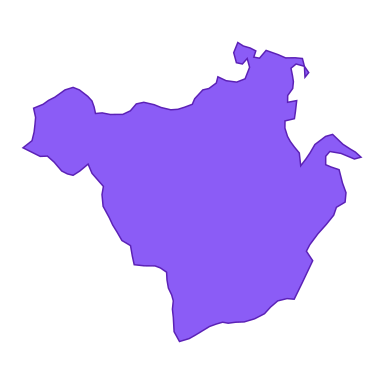 Jaboti, Paraná, Brazil
{"feature_id": "56859067B82658845129060", "entity_name": "Jaboti", "entity_type": "district", "adm_level": 2, "iso_a3": "BRA", "parent_name": "Brazil", "parent_adm1": "Paraná", "projection": "albers", "projection_center": [-50.077, -23.72], "detail": "fine", "context": "isolated", "style": "filled", "palette": "violet", "viewbox_px": 384, "rotation_deg": 0, "n_neighbors": 0, "source": "geoboundaries", "source_scale": "gbopen_adm2", "svg_char_len": 1866}
<svg xmlns="http://www.w3.org/2000/svg" viewBox="0 0 384 384"><path d="M33.6,108.2L35.6,117.4L35.0,124.2L34.1,132.1L32.0,140.7L23.0,147.8L40.2,156.4L47.4,156.1L54.2,162.2L61.7,171.0L67.4,173.9L73.1,175.3L79.7,171.1L88.1,164.1L92.0,173.3L98.0,180.2L103.4,186.4L102.0,194.6L103.1,206.3L109.4,217.9L112.7,225.0L117.2,232.3L121.9,240.5L130.5,245.6L132.4,256.4L134.2,264.7L144.1,265.8L155.0,265.9L160.3,267.9L166.6,272.2L167.0,280.0L168.4,288.1L171.7,295.0L173.3,300.9L172.4,309.2L173.3,317.2L174.1,331.7L179.5,341.5L189.2,338.6L195.7,334.9L209.5,326.5L216.1,324.1L222.6,322.2L228.2,323.2L235.8,322.2L244.2,321.9L254.6,318.8L264.5,313.7L270.5,307.1L277.7,300.9L287.0,298.6L294.2,299.2L302.3,282.6L307.9,270.8L312.7,260.7L306.4,251.2L309.8,244.7L317.9,233.8L326.3,224.4L333.7,215.2L336.4,207.3L345.1,202.1L346.0,192.7L342.5,183.1L339.1,169.7L331.1,167.0L325.7,164.7L325.7,156.3L329.8,151.5L341.0,153.4L354.4,159.0L361.0,157.2L355.4,152.1L350.5,149.2L342.8,144.2L332.6,134.4L325.6,136.4L314.9,144.5L310.1,152.8L305.9,159.0L300.7,165.8L299.3,153.0L294.2,146.8L290.3,141.5L287.5,136.4L284.9,128.1L285.0,120.9L294.4,118.7L295.4,111.8L296.7,100.6L287.6,102.3L287.7,95.5L292.7,88.5L293.4,81.7L292.5,75.8L291.0,68.2L296.1,64.0L304.4,66.3L302.4,58.5L295.2,57.8L285.6,57.9L278.0,54.6L266.1,50.4L259.5,58.2L253.8,57.1L255.8,50.9L250.2,48.0L243.3,46.0L237.8,42.5L233.7,52.7L236.4,62.7L242.4,64.0L247.2,58.5L249.6,67.3L245.1,78.8L236.7,82.1L226.1,80.7L217.9,76.8L216.3,83.0L208.9,88.5L202.8,89.9L194.7,98.7L192.3,104.3L184.6,107.2L177.9,109.3L170.8,109.8L161.1,107.5L154.2,104.7L143.8,102.3L136.3,103.9L130.4,110.8L122.8,114.4L117.1,114.4L110.3,114.5L102.2,112.9L95.5,113.5L94.1,107.0L92.0,101.0L87.8,96.4L79.4,89.9L73.1,87.4L65.0,89.9L54.8,97.2L48.5,100.4L43.1,104.3L33.6,108.2ZM304.4,66.3L305.0,77.2L308.7,72.6L304.4,66.3Z" fill="#8b5cf6" stroke="#5b21b6" stroke-width="1.5"/></svg>